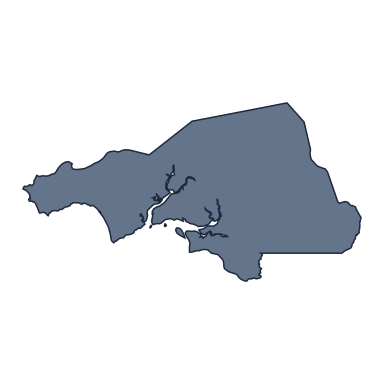 outline of Cogo, Litoral, Equatorial Guinea
{"feature_id": "11065452B22787327477805", "entity_name": "Cogo", "entity_type": "district", "adm_level": 2, "iso_a3": "GNQ", "parent_name": "Equatorial Guinea", "parent_adm1": "Litoral", "projection": "orthographic", "projection_center": [9.73, 1.167], "detail": "fine", "context": "isolated", "style": "filled", "palette": "slate", "viewbox_px": 384, "rotation_deg": 0, "n_neighbors": 0, "source": "geoboundaries", "source_scale": "gbopen_adm2", "svg_char_len": 6043}
<svg xmlns="http://www.w3.org/2000/svg" viewBox="0 0 384 384"><path d="M287.0,102.9L192.1,121.2L149.2,154.9L129.3,150.0L124.7,149.8L121.9,150.5L119.5,151.7L117.6,151.9L114.5,151.1L109.4,151.8L106.9,153.4L103.1,158.4L98.7,161.7L94.3,163.5L90.9,165.7L84.2,168.7L76.3,169.6L74.9,169.2L73.3,169.2L72.7,168.8L72.0,167.9L71.5,165.2L72.2,163.8L70.2,162.5L68.8,161.8L67.3,161.7L65.0,162.3L62.3,163.8L60.2,165.8L58.3,168.0L55.6,172.5L54.0,173.8L51.5,174.2L50.0,175.2L46.8,176.1L41.9,175.8L40.2,176.5L38.2,176.1L36.7,175.4L34.9,179.5L33.9,180.8L34.1,182.5L33.8,183.7L32.5,185.1L31.5,185.6L31.4,185.2L29.8,184.7L26.6,186.6L24.6,186.2L23.8,187.0L23.0,188.8L23.5,189.3L26.2,190.5L28.6,192.9L30.0,195.5L29.7,197.4L30.4,198.3L30.4,198.9L28.8,199.0L28.7,199.3L29.1,200.8L29.6,201.4L32.0,201.0L32.6,201.8L34.1,202.0L35.2,202.9L37.6,208.1L39.2,212.7L39.7,213.1L43.5,212.2L45.8,213.4L47.5,215.4L48.3,215.7L48.9,213.4L50.2,212.9L51.4,211.3L55.0,210.5L57.2,211.0L58.4,210.7L59.9,209.4L62.1,209.4L64.8,207.2L68.2,206.5L69.1,205.7L70.1,205.7L71.1,203.8L72.3,203.5L73.3,202.7L79.1,202.9L81.5,204.3L82.3,203.6L83.2,203.8L84.1,203.1L84.9,203.2L86.1,203.6L87.5,204.7L88.6,204.6L90.0,205.9L91.1,206.0L91.9,205.5L93.1,205.5L96.9,208.5L98.8,211.0L100.0,211.4L100.5,212.5L99.7,212.4L103.3,217.1L108.3,226.7L110.2,233.7L111.3,239.9L111.8,241.0L113.7,242.8L115.4,241.1L116.4,241.1L117.3,239.9L118.0,239.7L119.3,238.5L122.4,237.7L123.4,237.9L125.6,235.2L130.9,234.3L133.2,233.1L134.0,232.4L134.4,230.9L135.0,230.3L136.4,229.8L138.3,228.2L140.2,228.4L144.9,224.2L144.0,222.4L141.9,221.1L141.7,220.5L143.0,218.0L142.9,217.0L142.2,216.2L140.3,216.1L140.2,214.7L140.5,214.1L141.0,213.7L141.5,214.2L140.4,215.0L140.5,215.8L142.5,215.9L143.2,217.3L143.4,218.9L142.4,221.1L144.6,221.6L145.6,221.1L146.3,220.1L147.6,215.5L147.0,212.2L147.7,210.2L152.7,205.3L154.8,204.0L157.7,203.8L159.9,202.8L161.8,200.6L162.2,199.3L159.7,199.2L158.3,198.4L160.2,200.4L160.2,201.0L159.6,201.7L158.3,201.5L158.0,200.0L155.3,200.6L154.0,199.9L153.8,198.8L154.9,198.0L155.1,197.3L153.7,197.9L152.8,197.7L155.4,196.9L155.2,198.4L154.1,199.3L154.5,200.0L155.7,200.3L158.2,199.6L158.6,201.4L159.6,201.3L159.8,201.0L157.9,198.9L158.4,197.3L156.5,194.8L156.0,193.4L157.4,195.4L158.6,196.4L159.1,197.8L160.1,198.4L162.3,198.4L170.1,192.8L169.6,191.7L167.2,190.3L165.9,188.4L165.8,185.3L166.3,182.4L169.5,176.7L169.0,176.0L166.8,174.8L166.1,174.0L168.2,174.8L169.9,176.5L170.8,175.7L171.1,173.9L173.2,171.3L173.0,170.6L173.3,169.0L172.9,167.1L173.3,166.6L173.3,164.5L174.1,166.5L173.7,168.3L174.3,169.4L173.8,171.6L174.4,174.8L171.6,175.7L170.1,178.3L169.0,179.3L168.8,181.4L167.3,184.2L166.9,185.7L167.1,187.8L167.8,189.5L169.4,189.9L171.1,189.7L173.5,190.4L174.2,192.5L176.5,192.0L178.6,190.4L182.0,185.9L186.0,183.2L185.9,180.6L186.3,178.7L187.7,177.0L190.1,176.8L192.5,177.6L194.2,178.7L194.7,180.0L192.8,178.7L189.1,177.9L188.0,178.0L186.7,179.5L186.8,182.3L185.9,184.8L183.5,185.7L182.8,186.4L183.1,188.7L182.2,187.5L181.6,187.5L179.9,190.8L178.5,192.5L176.5,193.2L171.9,193.8L170.3,195.2L164.4,202.6L159.6,206.1L157.3,206.7L153.7,208.9L152.2,211.5L152.3,212.2L153.1,213.6L152.1,213.7L152.7,215.7L151.6,221.2L152.3,223.6L153.1,224.5L157.0,223.6L159.5,223.7L161.3,223.0L165.5,219.5L170.0,218.7L172.7,219.3L174.1,220.2L176.7,218.9L177.8,219.0L183.2,221.2L182.8,218.2L184.7,219.5L185.5,219.5L185.5,221.0L186.9,221.9L188.9,222.6L189.9,223.5L193.7,224.2L197.3,225.8L198.1,226.5L204.1,226.0L209.2,223.8L210.3,221.7L212.3,220.3L212.6,219.7L212.3,218.9L209.7,218.1L209.3,217.2L209.3,215.8L210.9,214.5L210.8,213.6L206.8,210.9L205.1,209.0L205.0,208.2L207.2,210.6L209.8,211.8L211.2,213.1L211.5,214.3L209.7,216.1L209.7,217.4L210.5,218.1L212.4,218.0L213.1,218.6L213.7,219.4L213.9,221.0L214.8,221.2L217.1,220.2L218.9,218.1L219.5,216.8L219.6,214.7L218.2,208.6L219.2,207.4L219.4,206.5L217.2,204.0L217.6,201.2L217.1,200.4L217.1,198.7L218.0,201.1L217.8,203.7L219.7,206.3L219.7,208.3L219.1,209.3L219.1,210.6L220.9,213.6L220.4,215.2L221.4,215.9L220.1,216.8L219.6,218.9L218.1,221.3L217.1,223.9L213.6,226.2L209.6,225.9L207.5,226.1L203.0,229.1L199.3,229.6L198.8,230.1L202.2,234.3L202.9,234.7L205.0,234.3L210.1,231.0L211.0,231.7L211.7,232.9L211.6,234.4L211.9,235.1L213.4,234.9L215.2,233.9L219.8,233.9L222.2,234.4L223.4,235.1L225.1,235.1L226.8,235.8L228.2,237.0L226.4,236.4L224.7,236.8L222.0,236.7L220.5,234.8L219.1,234.0L216.1,234.2L213.9,235.4L211.4,235.6L210.3,234.0L210.0,232.2L209.4,231.8L208.4,232.4L207.0,233.9L206.2,235.6L203.5,237.7L203.0,238.9L203.0,237.4L202.4,236.5L200.1,237.1L200.9,235.8L200.2,233.9L197.6,232.1L195.0,231.0L191.7,231.3L187.0,231.0L185.8,232.0L185.3,232.9L186.6,236.6L188.7,239.7L190.0,243.0L189.4,247.5L189.5,252.2L192.4,252.0L196.2,250.8L199.4,250.7L202.2,249.6L205.3,249.5L207.8,249.9L211.3,253.1L217.9,254.6L222.7,259.8L223.5,261.7L224.0,267.3L224.7,268.9L228.6,271.7L236.0,274.1L237.1,274.9L239.2,277.8L241.4,279.5L245.1,281.1L246.9,281.0L248.4,278.9L251.1,278.9L254.0,278.1L256.2,278.8L259.6,278.1L261.1,276.9L260.6,275.6L258.6,274.8L259.4,273.7L260.6,273.0L260.2,270.3L261.5,268.7L261.3,268.3L259.7,267.6L258.9,264.7L259.6,264.1L258.8,262.8L259.1,262.2L258.7,261.0L259.4,259.9L261.0,259.1L260.9,257.7L262.3,255.0L262.0,253.8L261.0,253.2L341.8,253.2L345.4,250.5L350.4,248.3L350.9,247.8L351.7,246.4L352.1,244.2L353.6,242.3L354.2,240.0L355.2,238.8L355.8,235.6L356.5,235.4L356.6,234.5L357.6,234.6L357.8,234.0L359.2,232.7L359.0,230.3L359.5,229.7L359.9,225.2L359.7,223.0L361.0,217.6L356.6,210.0L355.4,206.9L352.5,205.6L350.8,205.5L349.5,204.3L348.5,202.8L346.8,201.9L344.7,201.6L339.2,203.2L337.8,201.8L327.6,172.2L325.5,169.1L318.7,166.7L316.5,165.3L311.5,159.8L310.7,157.8L310.0,153.6L310.5,149.5L304.1,122.1L287.0,102.9ZM184.9,238.0L183.8,234.3L181.5,230.1L179.6,228.3L177.6,227.8L176.7,228.0L175.9,229.1L175.7,230.2L176.8,232.9L180.1,235.4L184.9,238.0ZM165.7,226.3L166.3,225.5L165.7,224.2L165.0,223.9L164.7,224.1L164.5,226.1L165.1,226.5L165.7,226.3ZM150.1,227.9L151.3,226.9L151.6,225.4L151.0,225.4L150.2,226.7L149.8,227.6L150.1,227.9Z" fill="#64748b" stroke="#1e293b" stroke-width="1.5"/></svg>